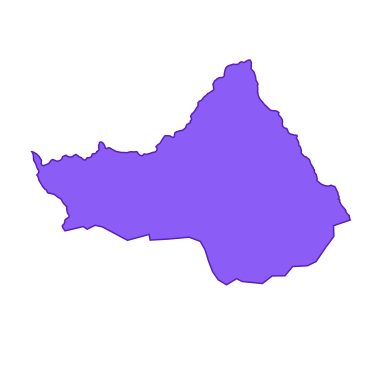 outline of Meghri, Syunik, Armenia, rotated 162°
{"feature_id": "60910142B6096064570676", "entity_name": "Meghri", "entity_type": "district", "adm_level": 2, "iso_a3": "ARM", "parent_name": "Armenia", "parent_adm1": "Syunik", "projection": "mercator", "projection_center": [46.294, 38.98], "detail": "fine", "context": "isolated", "style": "filled", "palette": "violet", "viewbox_px": 384, "rotation_deg": 162, "n_neighbors": 0, "source": "geoboundaries", "source_scale": "gbopen_adm2", "svg_char_len": 6004}
<svg xmlns="http://www.w3.org/2000/svg" viewBox="0 0 384 384"><g transform="rotate(162 192 192)"><path d="M324.8,194.3L306.0,192.7L303.2,189.0L294.5,190.3L288.1,186.6L268.3,166.0L245.9,164.9L246.7,159.2L228.8,154.5L208.7,149.9L199.4,142.5L197.4,133.1L197.6,120.8L197.0,109.9L194.2,100.4L187.8,93.1L176.3,95.8L172.0,91.4L153.3,83.2L141.7,87.4L129.5,83.6L119.3,90.0L104.9,86.2L95.5,87.5L81.7,98.2L70.8,106.0L67.8,116.2L50.1,116.5L50.2,117.9L50.2,118.7L50.1,119.9L49.7,121.0L50.8,122.7L51.2,123.7L51.5,124.9L51.8,126.1L51.5,126.8L51.7,127.9L52.1,129.0L52.4,129.6L52.9,130.8L53.3,131.7L54.2,133.9L54.2,135.4L54.7,136.7L53.9,138.7L54.3,139.7L55.0,140.2L53.9,141.2L53.6,142.3L53.9,144.7L53.4,146.2L53.9,148.7L54.1,150.4L54.6,153.2L56.0,154.0L57.0,155.0L57.8,155.5L58.7,155.4L60.1,155.4L61.8,155.9L64.3,157.5L66.5,159.3L68.9,163.0L69.6,164.1L69.6,164.6L68.9,165.6L68.7,167.5L68.7,168.7L68.5,169.9L68.8,171.1L69.3,172.2L69.4,173.1L69.0,174.2L68.9,175.5L69.4,176.9L69.2,178.0L69.7,179.0L69.9,180.5L70.3,182.0L70.4,183.6L70.3,184.8L70.3,186.0L70.6,187.0L71.2,187.8L72.6,190.0L74.2,191.2L74.6,191.9L75.2,193.3L76.0,194.9L76.0,195.9L75.3,197.0L75.0,200.1L75.1,201.5L75.4,202.3L75.9,203.1L75.8,204.5L75.3,206.1L75.4,207.5L76.1,211.2L75.2,212.0L74.7,212.6L74.7,213.4L75.3,213.8L76.0,214.2L76.7,214.2L77.3,214.5L78.1,215.2L79.0,215.9L79.9,216.3L80.7,216.9L81.5,217.8L81.7,218.5L82.0,219.8L82.0,221.6L82.3,223.1L83.2,223.6L84.4,224.6L85.3,226.1L85.3,227.0L85.3,228.1L84.7,229.8L84.0,231.3L83.8,232.7L84.1,234.1L84.4,235.4L85.5,238.0L85.9,238.8L84.8,240.8L85.3,241.4L85.7,242.0L86.6,242.8L87.6,243.5L88.5,243.9L89.9,244.3L91.1,245.0L92.0,245.5L92.6,246.4L93.0,247.2L93.5,248.0L94.0,248.8L94.3,249.7L94.6,250.2L95.1,251.2L95.7,252.1L96.3,253.3L96.7,254.6L97.1,255.5L98.6,259.2L98.8,260.2L99.1,262.5L99.1,264.6L98.7,265.5L98.6,266.1L99.0,267.0L98.5,267.6L98.1,268.0L97.9,269.0L97.6,269.8L97.0,271.9L96.8,273.1L96.5,273.6L95.9,274.1L96.1,275.9L96.3,276.9L96.6,278.5L96.4,280.1L95.9,282.1L96.0,284.0L95.9,285.5L96.1,287.3L97.6,290.5L97.5,291.8L96.6,293.3L96.4,294.8L95.6,296.3L95.6,297.9L95.9,299.5L97.3,300.0L98.8,299.9L100.1,299.7L101.3,299.2L101.9,299.1L102.8,299.2L103.8,300.0L104.9,300.5L105.8,300.5L106.9,300.1L107.9,299.6L108.8,299.3L109.9,299.5L111.0,299.8L111.9,300.2L113.2,300.8L117.3,300.8L119.0,300.7L120.2,300.3L121.8,299.2L123.7,296.4L124.7,294.5L125.4,292.5L126.3,291.8L127.5,291.6L128.4,291.7L129.7,292.1L131.4,292.2L132.4,292.0L133.2,291.9L134.8,291.1L136.1,290.8L136.8,290.1L137.3,289.3L137.9,288.6L138.7,288.3L138.8,287.8L138.9,286.9L139.0,285.7L139.3,284.7L139.4,283.8L139.7,282.6L140.6,282.2L145.2,280.9L146.7,280.7L148.1,279.9L149.3,279.2L150.5,279.0L152.8,277.7L153.9,276.7L155.0,276.2L156.1,276.1L157.1,276.0L158.7,275.1L158.9,274.2L159.4,272.9L159.6,272.0L160.3,271.4L161.5,270.9L162.2,270.1L163.7,268.7L164.8,267.9L166.7,266.8L167.9,266.3L169.0,265.3L169.8,264.7L170.0,263.9L169.9,263.4L169.8,262.1L170.1,261.0L170.6,260.5L171.8,260.0L171.8,259.1L172.2,258.5L174.5,258.0L175.7,257.9L176.7,257.3L177.3,256.3L177.9,255.5L178.8,254.8L179.9,254.4L181.2,253.8L182.4,253.8L183.6,253.8L184.3,254.0L185.0,254.1L186.6,253.9L187.6,254.1L188.8,254.0L189.7,253.7L190.2,253.1L190.7,252.4L191.2,251.4L191.4,250.6L192.0,250.0L192.7,249.7L193.6,250.1L194.7,251.1L195.4,252.0L197.4,252.9L198.4,253.2L199.5,253.7L200.3,253.8L201.2,253.3L202.1,252.7L203.1,251.9L203.8,251.2L204.6,250.7L205.6,249.8L206.5,248.9L207.0,248.5L208.2,247.9L209.7,247.6L210.5,247.2L211.9,246.6L212.1,246.5L212.2,245.9L212.1,245.6L211.8,244.8L211.8,244.4L212.0,243.6L212.3,242.9L212.8,242.4L213.9,241.7L214.6,241.5L215.6,241.5L216.4,241.7L217.3,241.8L219.6,241.7L222.6,241.8L223.9,241.9L224.4,242.2L225.0,242.7L225.8,242.9L226.4,242.9L226.9,242.3L227.7,242.0L228.4,242.0L229.2,242.4L230.3,243.3L230.9,244.2L231.4,245.5L231.7,246.8L232.0,247.3L232.9,247.8L233.9,247.8L234.9,248.1L235.6,248.2L236.6,248.9L238.2,249.3L239.0,249.4L240.9,249.4L242.9,249.9L244.0,250.4L247.3,251.6L248.7,252.3L249.5,252.9L250.6,253.4L252.1,254.4L252.9,255.4L254.0,256.4L255.4,257.9L256.0,258.8L257.0,259.6L257.9,259.9L259.1,259.8L259.9,259.8L260.5,260.2L261.0,261.0L260.8,262.0L260.8,262.9L261.3,265.6L261.9,266.7L262.8,267.6L263.8,267.9L264.9,267.3L265.1,266.7L265.7,266.0L266.4,265.3L266.5,264.7L266.9,263.6L267.1,262.8L267.1,261.7L267.5,260.9L268.4,260.3L270.1,259.9L270.6,259.1L271.9,258.5L272.6,258.5L273.3,258.8L274.2,258.9L275.2,258.9L275.5,258.3L276.1,257.6L276.6,256.8L277.4,256.5L278.9,256.4L280.0,256.6L280.8,257.0L281.3,256.9L282.8,255.8L283.6,255.4L284.3,255.6L284.8,256.1L285.5,256.6L286.1,257.7L286.6,258.9L287.5,259.6L288.5,260.4L289.1,261.5L290.1,262.7L290.5,263.4L291.3,263.6L292.1,263.3L293.0,263.3L295.0,262.5L296.3,262.7L297.3,263.1L298.6,263.7L299.5,264.4L300.1,265.7L301.0,265.9L301.9,265.9L302.7,265.7L303.5,265.7L304.2,265.6L304.8,264.7L305.6,263.6L306.3,263.2L307.5,262.9L309.0,262.8L310.4,262.8L310.9,263.2L311.8,263.6L313.6,265.4L314.4,265.8L315.5,265.9L316.9,265.2L318.4,263.9L319.8,263.4L321.4,263.1L323.0,263.0L325.1,263.0L326.4,263.8L326.6,264.6L326.5,266.1L326.1,267.0L325.4,268.4L325.4,269.3L325.8,270.4L326.6,273.5L327.2,274.3L327.9,276.0L329.3,277.6L330.9,279.3L331.9,279.8L331.4,277.6L332.0,274.0L332.4,272.9L332.7,271.6L332.7,270.7L332.4,269.3L332.2,268.4L331.9,266.9L331.9,265.6L331.9,263.9L331.8,262.8L331.8,261.4L331.2,260.3L331.2,259.2L331.9,257.7L333.1,256.8L334.3,256.0L333.9,255.0L333.8,254.1L333.7,252.2L334.0,250.5L333.5,248.8L333.2,247.2L332.7,245.3L332.5,243.6L331.7,241.9L331.1,240.2L329.9,238.9L329.8,237.4L329.5,235.9L329.0,235.4L327.7,234.8L326.9,234.3L326.0,233.6L325.2,233.1L324.2,233.0L323.7,232.1L322.9,231.1L321.7,229.3L320.3,227.5L319.1,226.3L318.4,224.6L318.2,222.6L317.5,220.4L316.8,219.2L316.5,218.0L315.6,217.1L315.9,215.8L316.4,214.6L316.7,212.8L316.9,210.6L316.6,209.3L316.2,208.2L316.2,207.1L316.6,206.3L318.4,205.7L321.1,204.9L322.2,203.4L322.9,201.9L323.8,201.0L325.5,200.3L325.9,199.6L325.9,198.4L325.7,197.2L325.2,195.6L324.8,194.3Z" fill="#8b5cf6" stroke="#5b21b6" stroke-width="1.5"/></g></svg>